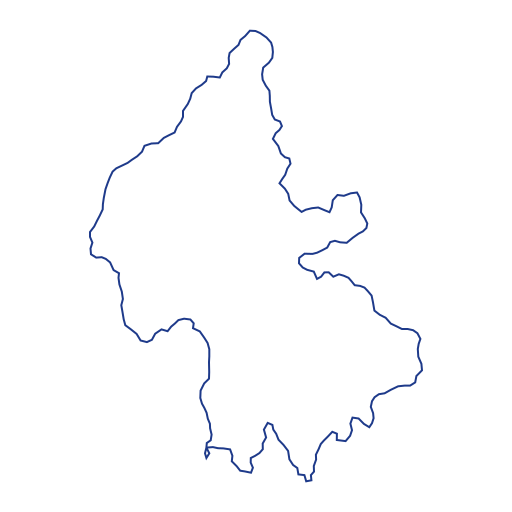 Coluna, Minas Gerais, Brazil (Albers equal-area conic projection)
{"feature_id": "56859067B97930882461373", "entity_name": "Coluna", "entity_type": "district", "adm_level": 2, "iso_a3": "BRA", "parent_name": "Brazil", "parent_adm1": "Minas Gerais", "projection": "albers", "projection_center": [-42.832, -18.236], "detail": "fine", "context": "isolated", "style": "outline", "palette": "blue", "viewbox_px": 512, "rotation_deg": 0, "n_neighbors": 0, "source": "geoboundaries", "source_scale": "gbopen_adm2", "svg_char_len": 3387}
<svg xmlns="http://www.w3.org/2000/svg" viewBox="0 0 512 512"><path d="M206.4,447.6L212.9,447.1L218.0,448.2L223.4,448.4L230.1,449.4L232.4,455.8L231.8,461.3L236.7,466.2L240.2,470.7L244.7,471.4L251.0,472.7L252.9,467.7L250.7,462.6L250.8,458.0L255.0,455.9L259.4,453.1L262.8,449.2L262.7,443.5L266.1,437.5L263.9,429.6L267.7,422.9L272.4,424.9L273.3,429.6L276.2,433.8L278.5,439.7L283.5,444.9L288.1,450.9L289.4,459.3L293.1,465.0L297.3,468.0L298.4,474.4L304.4,475.1L306.2,481.3L311.4,480.3L310.9,475.1L314.0,471.6L313.8,466.0L316.1,459.6L315.9,454.7L318.6,449.2L320.8,444.0L323.9,440.5L328.1,436.3L332.3,431.8L336.9,433.7L336.8,440.0L345.6,441.1L350.1,435.8L352.0,430.2L350.4,423.6L352.5,417.6L358.6,418.5L363.9,423.9L369.3,427.2L372.0,423.2L373.6,418.2L373.1,413.1L370.8,406.9L372.0,401.2L374.6,397.2L378.9,394.2L384.6,393.3L390.8,389.8L398.1,386.3L404.7,385.6L410.1,385.6L415.2,382.4L416.4,376.0L422.0,370.3L421.4,363.8L418.3,356.7L417.8,349.0L418.7,343.8L420.4,338.9L417.4,333.2L413.1,330.2L407.7,329.0L401.9,329.0L396.5,326.3L390.8,323.6L385.7,317.8L379.8,314.8L374.4,310.6L373.0,302.4L371.6,295.6L367.8,291.1L364.5,287.6L360.1,285.9L354.7,285.2L351.4,281.1L348.5,277.8L343.7,275.7L338.9,274.3L333.3,276.7L328.7,272.3L324.4,272.4L321.1,276.7L317.0,278.9L313.8,271.6L307.1,269.8L302.7,267.5L299.0,263.3L299.2,257.9L304.6,253.7L312.5,253.9L317.1,252.7L322.3,250.2L327.2,247.6L330.2,242.1L334.9,240.8L340.1,242.3L346.7,242.8L352.7,237.8L358.6,233.6L362.9,231.4L366.4,228.0L367.3,223.5L364.8,218.3L361.0,212.4L361.3,204.8L359.6,197.3L357.0,192.5L350.7,193.3L343.9,195.8L337.5,195.0L332.8,200.2L331.7,207.4L329.5,212.2L325.0,210.4L318.2,207.5L311.9,208.2L305.8,209.7L301.6,211.9L298.1,209.1L294.2,205.9L289.6,200.5L288.2,193.8L284.9,188.7L279.5,183.3L282.3,178.9L285.2,174.8L287.3,168.6L290.5,163.7L289.3,158.5L284.9,157.2L280.9,153.5L278.3,146.0L272.9,138.9L275.7,133.2L279.4,130.0L281.9,126.1L280.0,121.5L274.8,119.5L272.2,114.9L271.2,108.9L269.9,101.8L269.8,95.8L269.4,90.7L265.8,85.7L262.7,79.8L262.1,74.3L263.2,67.6L268.9,62.7L272.3,57.9L272.9,52.0L272.4,47.0L271.1,42.6L266.5,37.5L260.0,33.0L255.5,31.0L249.9,30.7L245.1,36.1L240.5,39.9L238.5,44.9L234.3,48.6L229.6,53.0L228.7,57.9L229.1,63.9L226.8,68.3L222.3,72.4L219.8,77.5L213.3,76.7L207.3,76.5L206.1,81.0L201.6,84.9L196.0,88.4L191.7,93.1L190.2,98.8L187.8,104.0L183.0,110.9L183.0,116.9L181.0,121.4L177.0,126.8L174.6,132.5L169.0,135.2L163.8,137.9L158.2,143.2L151.5,143.5L144.5,145.8L142.0,151.7L137.2,156.3L132.0,159.7L127.6,162.9L122.4,165.4L116.3,168.3L112.6,171.6L109.8,177.5L107.7,182.9L105.5,189.2L103.8,197.9L102.9,204.2L102.7,209.4L99.7,215.7L97.0,220.8L94.2,226.5L90.0,232.0L90.0,236.9L92.4,242.6L90.5,248.5L91.0,254.3L96.2,257.6L101.7,257.2L105.8,258.9L110.1,262.4L113.6,270.1L119.0,273.2L118.5,277.8L119.4,284.4L121.8,291.6L122.9,299.0L121.3,305.2L122.5,312.1L123.7,319.3L125.3,325.2L130.7,329.2L136.6,333.9L140.6,340.5L146.9,342.1L151.9,339.8L155.2,333.7L161.5,329.4L167.6,331.2L171.2,326.6L174.9,323.5L178.4,320.1L184.1,318.7L190.4,319.5L193.7,323.3L193.0,328.2L199.8,331.4L204.3,337.8L207.6,343.0L209.3,349.2L209.3,356.4L209.0,362.3L209.2,372.0L209.0,378.7L204.2,383.4L200.6,390.6L200.3,398.0L202.0,403.7L204.3,407.8L206.6,412.8L207.8,418.7L209.9,423.7L210.1,428.3L211.6,434.6L210.7,440.3L206.8,443.0L206.4,447.6ZM206.4,447.6L205.0,453.3L206.4,458.0L209.3,453.3L206.4,447.6Z" fill="none" stroke="#1e3a8a" stroke-width="2"/></svg>